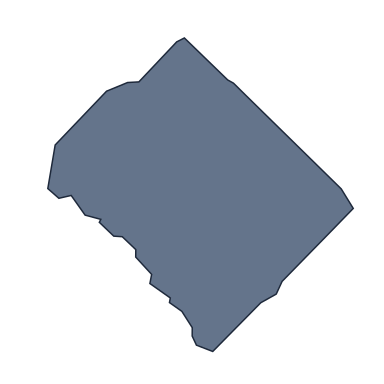 the district of Meriwether, Georgia, United States of America, rotated 134°
{"feature_id": "52423323B31070060965001", "entity_name": "Meriwether", "entity_type": "district", "adm_level": 2, "iso_a3": "USA", "parent_name": "United States of America", "parent_adm1": "Georgia", "projection": "mercator", "projection_center": [-84.624, 33.037], "detail": "fine", "context": "isolated", "style": "filled", "palette": "slate", "viewbox_px": 384, "rotation_deg": 134, "n_neighbors": 0, "source": "geoboundaries", "source_scale": "gbopen_adm2", "svg_char_len": 573}
<svg xmlns="http://www.w3.org/2000/svg" viewBox="0 0 384 384"><g transform="rotate(134 192 192)"><path d="M292.3,66.3L223.9,65.6L206.9,60.5L193.7,65.1L124.5,64.7L91.8,64.6L86.1,86.8L85.1,220.5L84.9,237.8L86.6,244.2L86.5,304.5L94.6,307.3L149.7,306.7L158.0,314.4L178.8,323.5L253.2,323.1L289.7,298.1L289.0,283.4L278.4,276.5L282.9,252.8L275.0,238.6L278.2,237.6L278.1,217.6L272.6,211.1L272.5,192.4L277.9,187.3L279.3,163.8L287.1,158.7L283.3,134.0L287.2,131.4L284.9,116.4L289.4,97.6L295.5,91.8L299.1,82.4L292.3,66.3Z" fill="#64748b" stroke="#1e293b" stroke-width="1.5"/></g></svg>